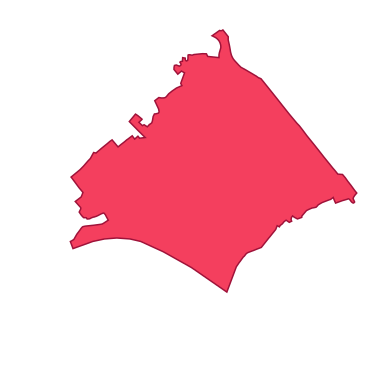 outline of Hai Ba Trung, Ha Noi, Vietnam, rotated 141°
{"feature_id": "81297802B70315889029707", "entity_name": "Hai Ba Trung", "entity_type": "district", "adm_level": 2, "iso_a3": "VNM", "parent_name": "Vietnam", "parent_adm1": "Ha Noi", "projection": "robinson", "projection_center": [105.856, 21.007], "detail": "fine", "context": "isolated", "style": "filled", "palette": "rose", "viewbox_px": 384, "rotation_deg": 141, "n_neighbors": 0, "source": "geoboundaries", "source_scale": "gbopen_adm2", "svg_char_len": 3682}
<svg xmlns="http://www.w3.org/2000/svg" viewBox="0 0 384 384"><g transform="rotate(141 192 192)"><path d="M75.5,258.2L75.6,259.4L75.8,260.8L75.9,262.4L76.2,267.1L76.2,269.1L76.1,270.1L75.9,271.1L75.7,272.0L75.5,272.8L75.1,273.9L74.4,275.5L74.0,276.4L72.9,278.3L71.8,280.3L71.3,281.2L70.4,282.9L69.6,284.5L68.3,287.1L68.0,287.6L66.6,289.3L66.1,289.9L66.0,298.5L67.1,298.6L68.0,299.1L68.5,299.6L68.9,300.2L78.1,300.8L76.8,297.9L76.2,296.2L75.9,294.1L75.9,292.4L76.3,290.4L77.2,288.2L78.0,287.0L78.9,285.9L83.1,283.0L84.6,281.7L86.5,279.5L94.5,287.5L93.8,290.3L96.8,292.9L104.1,297.7L105.8,298.2L107.3,300.0L108.4,300.8L108.9,300.9L111.3,298.1L112.6,297.0L113.8,297.3L114.1,297.9L114.1,298.3L113.8,299.3L113.0,300.3L114.7,302.3L117.2,299.6L118.4,300.4L119.4,300.6L119.8,300.3L119.8,299.0L120.3,297.9L120.6,297.7L121.9,297.6L122.6,297.7L123.0,298.4L124.3,300.6L126.0,301.4L127.5,300.2L128.9,298.6L128.9,292.5L124.1,292.6L122.8,289.3L132.4,283.5L132.9,281.0L138.7,282.6L144.3,283.0L148.2,283.0L152.2,282.2L153.5,282.3L154.6,282.8L156.8,284.5L157.7,285.6L158.4,286.3L159.7,286.3L163.5,286.4L165.7,277.6L167.1,275.0L168.4,274.4L170.9,275.5L172.1,276.3L174.7,275.1L178.0,272.2L179.7,271.1L181.6,271.1L182.7,271.3L182.8,271.2L185.7,270.8L186.9,274.4L188.8,274.8L189.4,279.6L185.7,279.8L185.0,280.0L185.2,281.2L185.9,284.8L186.5,287.0L186.9,288.1L196.4,286.2L195.2,273.6L194.1,263.8L198.9,266.8L198.9,269.4L203.2,269.2L203.2,270.3L203.1,273.3L208.9,273.5L209.8,273.6L212.8,273.5L217.3,273.6L221.1,273.6L221.3,282.8L223.9,283.0L227.3,282.9L234.9,282.9L242.1,282.7L243.6,284.6L249.9,282.0L253.2,281.6L259.9,280.4L265.1,279.8L276.6,279.7L276.6,278.2L277.1,266.2L277.0,260.3L280.1,258.5L281.3,257.9L288.7,258.1L288.3,250.0L289.0,248.9L292.3,247.4L292.6,243.9L292.6,242.7L292.4,240.3L292.2,240.1L290.3,238.5L290.5,237.0L288.8,235.8L287.6,235.4L286.2,235.2L285.2,234.8L284.4,234.6L284.0,234.2L283.0,233.9L282.2,233.5L281.2,233.2L279.6,232.8L276.5,232.2L274.6,231.6L274.0,231.3L273.7,230.9L273.7,230.1L273.6,229.0L274.1,226.7L274.4,224.9L274.6,224.1L274.8,222.8L275.7,222.9L279.7,223.3L281.8,223.6L283.2,224.3L289.1,227.9L296.5,232.7L298.5,233.7L299.3,233.8L301.1,233.5L303.2,232.9L308.0,231.7L309.3,231.2L312.6,229.9L313.0,229.7L313.9,229.5L314.7,229.6L316.4,229.8L317.7,230.1L320.1,222.9L300.2,216.0L289.6,210.6L279.4,203.6L269.8,194.6L263.0,185.9L252.0,163.8L250.1,159.1L240.0,133.7L227.9,92.3L204.6,106.0L200.3,107.3L199.7,107.5L199.2,107.6L198.6,107.7L198.2,107.8L196.4,108.3L194.2,108.9L193.7,109.0L193.4,109.1L193.1,109.2L191.8,109.2L188.8,109.9L188.0,109.9L186.9,109.8L182.6,108.4L181.2,107.9L177.9,106.9L173.0,105.3L160.9,108.0L160.4,108.1L160.2,108.1L156.5,108.9L150.5,110.2L148.1,111.6L147.9,111.7L147.0,112.2L146.0,109.9L144.6,110.5L141.8,110.4L139.1,111.0L136.6,110.9L135.5,107.2L132.9,106.6L132.4,108.2L130.8,109.6L128.9,110.1L128.4,108.0L127.0,104.7L122.7,103.2L121.7,104.2L114.8,105.5L114.6,105.5L111.9,104.9L108.8,104.0L107.2,103.1L105.2,102.1L103.3,102.3L101.9,102.6L97.5,101.9L90.4,99.6L88.9,99.0L85.7,98.9L86.8,95.3L87.4,93.0L80.7,90.7L77.9,89.5L77.3,89.3L76.5,88.9L74.7,88.3L74.2,87.0L74.3,83.9L73.9,82.3L73.3,81.7L71.9,81.9L71.0,85.4L69.9,86.2L67.8,86.9L64.6,87.5L64.6,90.8L64.3,96.5L64.2,102.3L63.9,106.6L64.0,110.9L67.4,114.1L67.4,116.2L67.4,119.3L67.5,121.7L67.5,124.4L67.5,129.5L67.5,131.9L67.5,135.5L67.5,136.9L67.4,141.3L67.4,142.5L67.3,151.1L67.3,160.9L67.3,163.8L67.0,170.8L66.9,176.0L67.2,179.3L67.3,185.0L67.4,191.5L67.3,203.5L67.2,210.0L67.1,226.1L67.1,236.6L67.5,237.3L67.6,237.5L67.7,237.9L67.8,238.1L68.1,238.4L68.3,238.6L68.4,238.9L69.3,242.2L69.6,242.8L71.0,246.7L72.5,250.6L73.1,252.3L75.5,258.2Z" fill="#f43f5e" stroke="#9f1239" stroke-width="1.5"/></g></svg>